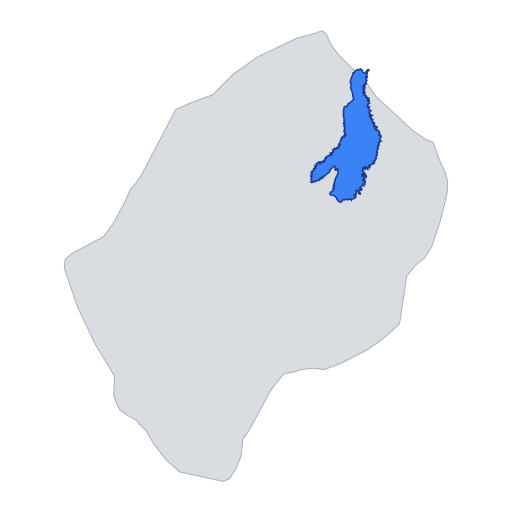 Seate, Mokhotlong, Lesotho (highlighted)
{"feature_id": "5366337B91839727568065", "entity_name": "Seate", "entity_type": "district", "adm_level": 2, "iso_a3": "LSO", "parent_name": "Lesotho", "parent_adm1": "Mokhotlong", "projection": "equal_earth", "projection_center": [28.771, -29.06], "detail": "fine", "context": "in_parent", "style": "filled", "palette": "blue", "viewbox_px": 512, "rotation_deg": 0, "n_neighbors": 0, "source": "geoboundaries", "source_scale": "gbopen_adm2", "svg_char_len": 7012}
<svg xmlns="http://www.w3.org/2000/svg" viewBox="0 0 512 512"><path d="M340.4,363.6L325.7,369.0L323.7,369.5L314.2,368.2L301.6,369.5L291.7,372.5L284.0,373.6L271.5,389.0L248.9,430.7L242.8,439.4L241.2,455.8L235.9,468.7L229.5,478.8L223.2,481.3L204.2,477.3L179.9,472.1L165.7,459.5L153.1,443.0L146.4,431.0L139.5,424.4L137.1,420.7L127.2,415.2L123.4,412.3L120.1,410.3L116.1,402.3L113.7,395.3L114.5,376.0L107.5,364.4L95.5,344.7L87.8,328.6L77.4,306.5L70.9,287.6L64.3,268.0L65.1,259.6L71.3,253.9L89.6,244.0L103.9,236.4L114.0,222.3L125.1,201.5L130.5,188.9L135.9,183.2L141.8,174.4L152.1,154.7L163.5,132.9L175.8,109.4L191.3,102.6L212.6,94.8L233.0,74.3L257.4,57.0L296.8,38.2L315.1,33.4L322.1,30.7L326.5,34.3L331.2,45.0L337.9,54.0L353.4,69.7L360.0,73.4L376.0,96.6L393.2,112.4L412.9,130.7L426.3,139.8L433.1,142.3L438.8,158.5L444.5,170.5L447.7,181.7L447.1,192.7L440.8,219.4L431.7,246.8L424.4,258.1L415.5,265.3L406.8,276.1L403.5,298.0L399.5,323.7L388.2,334.3L379.4,341.3L367.3,349.8L340.4,363.6Z" fill="#d9dde1" stroke="#a8b0b8" stroke-width="1"/><path d="M363.7,186.0L363.3,184.0L364.3,184.2L363.8,183.6L364.8,183.3L365.4,182.3L364.7,179.5L364.0,179.5L363.6,181.0L363.2,181.1L362.8,179.7L363.8,178.2L366.5,177.0L365.9,176.1L365.4,175.9L364.5,177.0L364.1,177.1L363.4,175.5L362.9,175.1L362.4,176.1L361.8,176.2L361.9,174.5L363.0,173.1L363.6,173.3L363.7,174.9L364.6,174.8L365.7,175.5L366.0,175.2L364.9,174.5L365.3,174.4L364.9,173.5L363.3,171.4L362.4,170.8L363.1,170.5L362.5,168.1L363.4,167.6L363.9,168.6L365.2,169.4L365.5,168.3L364.9,166.8L365.4,166.4L365.6,167.4L367.8,169.4L367.9,168.5L367.0,167.7L368.6,167.2L368.6,165.9L369.2,165.3L369.6,165.5L369.4,166.6L369.7,167.4L370.3,165.1L370.7,165.3L371.5,164.4L372.5,164.0L372.6,163.1L373.5,163.7L374.4,163.3L374.4,162.6L373.8,161.4L374.4,161.5L375.4,160.4L375.1,159.2L376.0,159.0L376.5,158.2L376.0,156.5L377.3,155.3L376.2,154.0L377.1,153.4L376.8,152.4L377.4,152.4L376.9,150.9L377.8,149.6L377.4,148.7L378.2,148.4L377.3,147.6L378.0,146.9L377.8,145.8L379.0,145.8L379.0,145.3L378.1,145.2L379.1,143.9L378.4,142.6L378.8,142.2L379.4,142.6L380.0,141.3L381.1,141.1L380.1,139.9L379.7,138.6L380.9,137.2L381.2,136.4L381.0,136.0L380.6,136.4L380.3,135.5L379.3,135.6L378.9,135.3L379.8,133.9L379.1,133.3L379.5,131.5L378.6,131.3L377.4,129.8L376.4,130.5L375.7,130.2L375.1,129.0L375.9,128.8L377.1,127.5L377.2,126.9L376.7,126.7L376.6,127.6L376.2,127.9L375.1,126.2L374.2,126.8L373.7,126.5L373.7,125.7L374.2,125.8L374.7,125.2L374.3,122.8L373.9,122.7L373.4,123.5L373.0,123.5L373.1,122.0L372.3,122.1L372.0,121.7L372.8,119.5L372.0,119.6L370.9,119.2L370.8,118.7L371.5,118.2L371.2,117.5L369.4,116.4L369.5,115.7L370.8,116.4L372.2,115.4L371.0,115.1L370.3,114.3L369.8,114.2L370.0,113.4L369.1,112.9L369.0,112.3L369.6,111.4L371.0,110.8L368.6,109.0L368.5,108.3L369.3,107.8L369.4,106.7L368.8,106.8L368.2,108.2L368.2,107.1L367.5,107.0L367.3,105.4L368.0,105.1L368.0,104.3L369.3,103.4L368.6,103.3L368.4,102.5L369.4,101.2L369.2,100.5L367.9,101.1L367.3,100.3L368.9,99.5L369.0,98.5L368.3,98.0L366.8,98.4L366.6,98.1L367.1,97.5L366.0,97.2L365.9,96.8L366.4,96.3L365.7,95.3L365.5,95.2L365.3,95.8L364.0,95.0L364.6,94.0L363.7,93.8L364.7,92.8L363.0,92.8L362.8,92.4L363.0,91.9L364.4,91.3L364.7,90.5L364.5,89.8L363.7,90.9L363.5,90.0L364.2,89.2L363.0,88.6L363.6,87.6L364.5,88.1L364.9,87.9L363.0,86.7L364.7,86.4L364.5,85.9L363.6,85.9L363.9,84.8L365.4,84.8L366.0,84.1L365.4,83.8L365.2,83.1L365.5,82.7L366.1,83.1L366.2,81.8L367.0,80.3L366.8,80.0L366.4,80.4L366.1,79.9L366.3,79.0L365.9,78.5L365.9,76.1L366.3,76.0L366.2,77.0L366.8,77.6L367.4,77.4L366.7,75.0L367.4,73.3L367.1,72.7L367.2,71.6L368.1,71.1L368.3,70.2L368.8,70.0L368.0,69.5L366.2,71.3L365.3,73.1L364.6,73.1L363.4,72.6L362.6,71.6L362.2,70.1L360.5,68.9L358.8,69.8L357.7,69.5L356.6,70.0L354.8,71.3L354.6,72.4L354.1,72.9L353.0,72.8L352.9,74.5L351.9,76.5L350.5,80.5L350.3,82.8L351.0,83.0L351.2,83.7L351.1,85.5L350.5,87.4L352.4,92.7L353.1,97.5L353.7,98.2L353.6,99.0L351.2,102.0L349.1,103.0L348.2,103.8L346.9,106.4L345.8,106.3L344.2,107.0L344.0,107.5L343.8,109.6L343.4,110.2L343.7,110.7L343.4,111.0L343.4,112.8L343.8,113.0L343.4,113.9L343.7,114.8L343.2,116.2L344.2,117.5L343.8,118.6L344.2,119.6L344.1,121.3L344.7,122.3L344.4,122.7L343.8,122.4L343.6,123.0L344.0,123.5L343.8,124.3L344.8,124.4L344.6,126.2L344.0,126.4L344.9,127.0L345.0,127.6L344.6,128.2L345.1,128.9L344.2,129.7L344.2,130.6L344.7,130.9L343.9,131.4L344.7,132.3L344.6,133.5L345.4,133.8L345.1,134.8L345.7,135.0L344.8,135.4L345.1,135.8L344.0,137.2L343.7,137.0L343.7,135.9L343.0,136.9L341.9,137.2L341.8,137.5L342.5,137.9L341.5,137.8L341.8,139.4L341.0,139.5L340.3,140.6L340.4,141.8L339.6,143.1L339.9,143.9L339.1,144.0L339.7,144.7L338.6,144.7L338.8,145.6L339.4,146.0L339.1,146.6L337.9,146.9L338.4,148.2L336.7,148.3L337.3,147.7L337.0,147.4L335.8,148.7L335.3,148.3L335.7,149.1L335.4,149.2L334.5,148.2L334.0,149.3L333.3,149.5L333.5,150.0L333.3,150.2L333.4,150.6L332.8,150.4L333.3,152.1L332.3,152.3L332.0,153.7L331.3,152.7L331.0,152.9L331.0,153.5L331.9,154.3L331.8,154.7L330.2,153.7L330.5,155.4L328.6,155.5L328.4,156.1L326.7,156.3L326.8,157.2L325.8,157.6L326.2,158.3L325.1,158.2L325.0,160.3L324.2,160.1L323.7,160.5L323.6,161.0L324.1,161.7L323.9,162.2L323.0,162.3L322.2,161.5L321.9,162.3L320.5,162.0L320.2,163.4L320.5,163.9L320.1,164.0L319.8,163.5L320.0,162.0L318.9,161.8L317.6,162.8L317.6,163.6L316.7,163.4L316.3,163.7L316.6,165.6L316.4,166.2L314.9,165.5L314.9,167.1L314.3,168.2L315.5,167.8L315.7,168.3L313.6,168.6L313.9,170.6L312.7,170.7L312.2,171.5L311.7,171.5L312.4,172.9L311.0,173.3L311.8,174.2L311.9,175.5L312.3,175.9L311.8,176.3L310.7,176.0L310.9,176.7L311.6,177.2L311.5,178.0L310.9,179.3L312.0,180.7L311.8,181.5L310.8,182.0L311.9,182.7L313.6,181.5L314.1,181.8L315.1,181.2L315.5,181.6L316.6,180.7L319.6,180.2L320.1,179.6L320.2,179.1L319.8,178.9L320.3,178.8L320.6,178.2L320.8,178.4L321.1,178.0L321.7,178.2L321.9,177.7L322.2,177.9L322.3,177.0L322.8,177.5L322.8,176.7L323.5,176.2L325.0,176.0L325.7,174.9L329.2,172.3L330.6,169.3L333.9,166.3L334.8,166.4L335.1,166.7L335.2,169.8L335.7,170.3L336.5,170.1L337.2,168.5L337.9,168.8L338.2,170.7L337.8,173.3L337.0,175.6L337.1,176.1L335.9,177.3L335.4,178.8L335.5,179.4L335.0,180.0L335.1,180.5L334.7,180.6L334.7,182.2L334.2,182.9L334.3,184.2L333.8,184.2L334.0,185.0L333.6,185.3L334.1,185.6L333.7,186.0L334.0,186.4L333.7,186.7L334.0,186.9L333.4,187.4L333.5,188.1L333.3,188.3L333.6,188.5L333.1,188.9L333.6,189.4L332.4,191.1L331.8,191.3L331.6,191.8L330.4,192.2L330.4,193.0L329.8,193.7L330.0,194.3L331.3,195.2L334.2,195.5L336.6,198.1L337.0,199.5L338.0,200.7L339.1,201.7L340.0,201.8L340.5,202.4L341.8,201.5L342.9,199.6L344.3,200.0L345.1,199.3L346.3,199.7L347.6,199.4L348.5,199.7L349.1,199.1L349.5,199.3L350.1,198.9L351.4,200.2L351.5,199.4L354.8,198.3L355.8,197.0L355.9,196.3L354.5,196.1L354.0,195.3L354.5,194.6L356.2,194.5L356.3,193.6L355.8,192.1L355.8,190.8L357.1,190.3L358.8,193.7L360.1,194.2L360.5,193.3L358.8,192.0L358.9,190.7L360.8,190.5L361.8,189.6L362.0,189.0L361.6,188.3L359.9,189.4L359.7,188.8L360.0,187.6L361.9,185.4L363.7,186.0Z" fill="#3b82f6" stroke="#1e3a8a" stroke-width="1.5"/></svg>